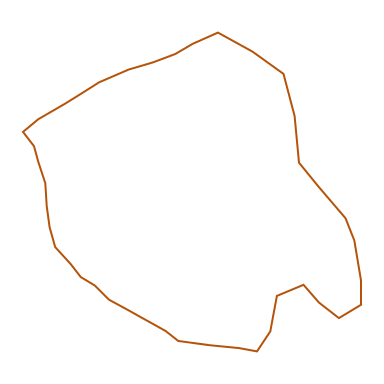 Agios Chariton, Cyprus
{"feature_id": "46923920B730618297548", "entity_name": "Agios Chariton", "entity_type": "district", "adm_level": 2, "iso_a3": "CYP", "parent_name": "Cyprus", "parent_adm1": "", "projection": "orthographic", "projection_center": [33.6, 35.299], "detail": "fine", "context": "isolated", "style": "outline", "palette": "amber", "viewbox_px": 384, "rotation_deg": 0, "n_neighbors": 0, "source": "geoboundaries", "source_scale": "gbopen_adm2", "svg_char_len": 607}
<svg xmlns="http://www.w3.org/2000/svg" viewBox="0 0 384 384"><path d="M23.0,131.9L34.0,146.2L38.3,161.9L45.3,183.2L46.7,205.9L49.6,227.2L55.2,247.1L70.8,264.2L80.7,277.0L94.8,285.5L109.0,299.7L127.4,309.7L140.1,316.8L165.6,331.0L178.3,341.0L209.5,345.2L239.2,348.1L257.0,351.4L270.3,331.4L276.9,295.9L303.5,284.8L319.0,302.6L338.9,318.1L361.0,304.8L361.0,280.4L354.3,240.4L345.5,218.2L318.9,187.1L299.0,162.7L294.6,116.0L283.5,73.9L252.6,51.7L217.9,32.6L192.5,43.9L175.5,53.9L152.9,62.4L128.8,69.5L99.1,82.3L83.5,92.2L65.2,103.6L38.3,119.2L23.0,131.9Z" fill="none" stroke="#b45309" stroke-width="2"/></svg>